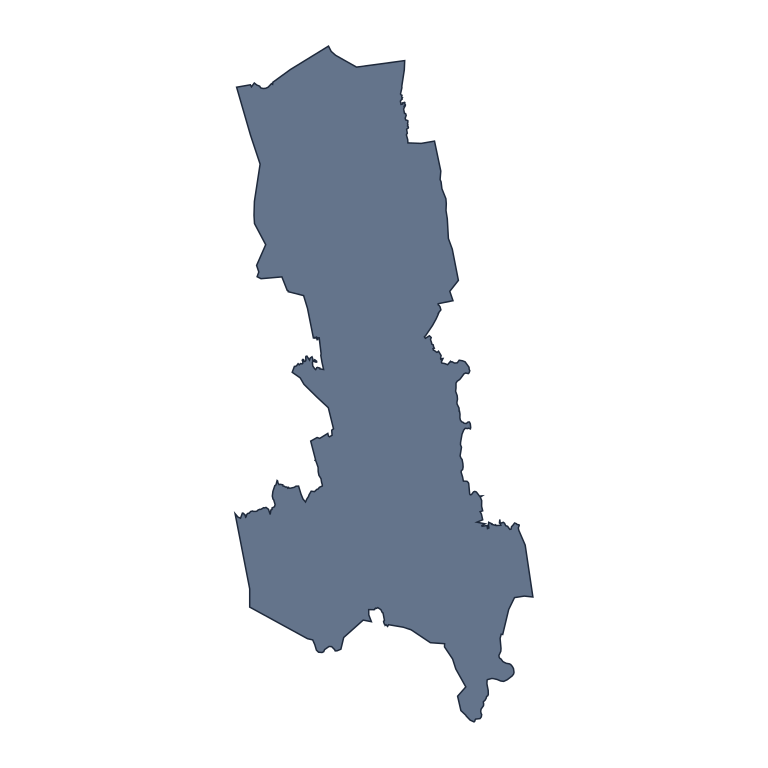 Tamasopo, San Luis Potosí, Mexico
{"feature_id": "50627088B81601149973315", "entity_name": "Tamasopo", "entity_type": "district", "adm_level": 2, "iso_a3": "MEX", "parent_name": "Mexico", "parent_adm1": "San Luis Potosí", "projection": "equal_earth", "projection_center": [-99.326, 21.931], "detail": "fine", "context": "isolated", "style": "filled", "palette": "slate", "viewbox_px": 768, "rotation_deg": 0, "n_neighbors": 0, "source": "geoboundaries", "source_scale": "gbopen_adm2", "svg_char_len": 6101}
<svg xmlns="http://www.w3.org/2000/svg" viewBox="0 0 768 768"><path d="M512.2,675.9L513.6,674.0L514.0,672.3L513.5,668.6L512.3,666.4L510.7,664.5L509.3,663.8L506.2,663.3L502.9,661.6L501.0,659.0L499.9,658.4L499.2,657.3L498.9,655.5L500.8,651.3L501.0,648.4L500.1,638.4L501.2,634.2L502.7,634.5L508.7,609.5L514.5,597.6L524.3,596.1L532.9,597.0L525.2,545.1L518.8,530.3L518.3,527.9L519.2,525.5L519.0,524.8L517.1,524.5L516.4,523.7L514.6,523.0L512.5,525.8L511.6,526.5L511.0,529.2L509.8,529.4L507.6,526.3L505.7,525.7L504.5,523.2L503.3,522.3L500.7,523.2L500.1,522.5L499.8,519.5L499.4,523.0L500.4,523.8L500.8,525.3L496.6,525.5L495.6,524.9L495.6,525.4L491.9,524.4L492.1,523.9L488.7,522.3L488.4,525.0L488.9,528.0L487.5,528.6L487.0,525.5L482.1,526.3L481.9,525.5L485.1,523.8L476.9,522.2L482.7,519.8L481.4,514.0L480.1,511.7L482.7,510.8L481.6,506.3L481.7,500.6L480.3,497.1L482.1,495.9L479.5,496.1L476.4,492.0L474.8,491.4L473.5,491.9L471.5,494.5L470.3,494.8L469.7,494.1L468.7,483.5L468.3,482.6L467.0,481.3L463.4,481.1L463.2,480.3L462.6,477.0L461.1,472.1L461.4,470.6L462.6,469.6L463.1,467.0L462.9,463.7L462.1,459.5L461.0,458.1L460.1,455.9L461.5,447.2L460.5,444.8L460.6,442.3L462.0,434.3L463.7,430.1L465.1,428.4L465.6,428.3L467.5,428.6L468.6,428.2L470.4,428.9L470.7,427.5L470.3,423.8L469.4,422.0L468.1,422.0L466.3,423.5L464.1,423.3L463.2,422.4L461.7,421.8L460.4,420.1L459.9,417.8L460.0,414.2L459.5,411.2L459.2,411.2L459.0,408.0L457.1,404.1L456.9,402.4L457.5,399.2L457.2,395.7L455.6,391.3L456.0,388.0L456.0,383.1L457.2,381.2L459.7,379.5L461.0,377.9L464.0,373.8L465.7,373.0L468.3,373.6L469.1,372.8L469.8,370.7L469.2,369.4L469.0,367.2L465.1,361.8L462.5,360.8L459.2,360.2L457.3,362.8L454.6,363.1L451.9,361.7L451.0,362.0L450.5,361.3L447.6,364.7L444.6,363.5L441.9,363.1L441.5,362.5L441.5,361.7L443.0,358.5L442.0,358.6L441.2,359.7L440.7,359.2L440.6,358.1L441.1,355.5L438.5,351.2L437.4,352.2L436.7,352.3L434.2,350.4L433.4,350.2L433.0,348.6L434.3,348.2L433.6,346.8L433.2,344.8L431.7,344.0L431.5,342.4L430.5,339.7L431.2,337.5L429.4,335.8L425.4,338.3L424.4,336.9L425.7,335.5L432.5,325.5L436.1,319.0L438.2,314.4L438.2,313.4L438.7,313.2L438.8,312.5L440.9,309.9L440.0,306.7L439.1,305.5L438.2,304.8L438.2,303.7L453.0,300.7L449.8,291.3L458.4,280.4L452.3,249.2L448.4,238.5L447.3,218.8L446.0,210.5L446.3,203.7L445.9,198.7L441.9,188.7L441.1,181.9L440.1,179.6L440.8,171.1L434.5,141.1L421.2,143.4L407.9,142.9L407.7,139.6L406.5,135.4L406.5,134.3L407.3,133.3L406.6,129.5L406.9,128.9L408.2,128.1L408.4,127.4L408.0,126.3L407.5,126.0L407.9,124.6L407.5,123.8L407.9,121.9L407.8,120.6L405.7,119.9L405.2,118.2L406.2,115.4L405.6,113.6L404.5,113.4L403.6,109.0L404.5,107.2L404.1,106.7L404.1,106.2L404.5,105.8L405.3,105.9L405.4,104.8L404.8,104.0L404.8,102.5L404.3,102.3L403.3,102.9L402.5,102.9L402.6,104.0L401.0,104.4L400.4,101.3L400.6,100.6L402.2,99.1L401.8,98.3L402.4,97.7L401.9,97.4L401.7,96.3L402.0,95.3L401.1,94.9L400.5,94.0L401.9,87.8L401.8,86.2L404.3,69.9L404.7,60.6L356.5,67.1L335.6,55.3L331.2,51.4L328.5,46.1L290.4,69.5L272.9,82.2L272.6,84.3L271.5,83.6L268.1,87.2L265.7,88.3L263.3,88.5L261.3,88.1L260.5,87.6L259.7,86.2L256.8,85.0L254.3,83.0L251.5,86.8L250.4,84.8L236.6,87.2L250.5,135.2L260.1,164.1L254.4,201.4L254.0,215.3L254.5,223.6L265.7,244.7L256.6,265.4L258.8,272.0L257.1,276.7L261.0,278.7L281.9,276.9L287.2,290.4L288.1,290.7L288.2,291.7L303.6,295.6L307.5,308.4L313.4,338.0L314.1,338.0L314.7,337.5L314.9,338.0L316.4,337.2L316.4,338.5L316.9,338.6L317.1,339.7L317.7,339.6L317.7,337.8L319.2,337.8L321.1,353.8L320.8,355.4L322.0,362.4L323.6,369.5L319.9,368.9L319.9,368.1L317.4,367.4L316.7,367.7L315.7,369.6L314.7,368.8L312.8,366.0L312.4,362.6L312.8,361.6L313.5,361.3L316.1,362.2L316.7,362.0L316.6,361.2L314.7,359.7L312.9,361.4L312.7,358.6L312.0,356.8L310.2,358.0L309.5,360.1L306.9,356.1L305.9,356.4L305.7,357.5L305.9,360.0L305.6,360.9L304.8,361.5L304.1,361.2L303.6,359.6L302.9,359.4L302.2,360.2L302.9,361.8L302.7,363.5L302.0,363.9L300.7,363.5L299.2,364.8L298.1,363.7L296.5,365.8L295.0,366.5L294.4,366.4L292.2,372.3L300.2,377.9L304.0,384.4L317.0,397.2L328.3,407.7L333.5,428.8L331.7,430.2L332.1,435.2L329.5,436.8L328.5,436.2L327.8,433.4L319.7,438.4L317.1,437.5L310.7,441.1L315.5,459.6L315.0,460.3L315.9,461.0L318.1,467.4L318.2,471.7L318.9,475.3L321.0,478.7L321.6,482.4L322.3,484.7L322.3,486.0L319.4,487.3L318.1,489.0L316.8,489.4L314.5,491.6L311.2,491.2L309.0,494.9L308.5,496.5L306.9,498.9L305.5,502.0L303.0,499.0L301.0,494.1L298.6,486.1L295.9,486.2L294.3,487.3L290.4,488.2L289.2,488.2L288.6,487.4L287.8,488.2L286.9,487.0L285.5,487.1L284.5,486.3L283.0,486.0L282.8,484.8L280.1,484.3L279.0,484.6L277.9,482.7L277.6,480.9L277.1,480.5L276.0,484.8L274.8,485.7L272.9,491.4L272.3,496.1L273.0,499.1L273.7,499.8L275.1,504.6L274.5,506.7L272.0,508.0L272.0,509.5L270.9,510.0L270.2,514.5L268.5,509.3L266.0,507.4L264.6,507.9L263.6,507.7L260.8,509.4L259.7,509.3L257.9,510.1L257.1,511.0L256.0,511.4L253.2,511.4L252.7,511.0L250.6,511.5L249.2,513.2L248.1,513.3L247.3,513.8L246.5,515.1L246.1,516.8L245.6,517.2L245.1,514.9L244.4,514.7L243.9,513.7L243.2,513.2L242.4,513.1L240.5,518.2L238.0,517.1L235.1,513.7L249.7,588.9L249.7,607.1L307.5,638.7L312.7,639.9L314.8,644.7L316.4,650.1L318.5,652.2L322.0,652.5L323.7,651.7L324.6,649.6L329.0,646.5L331.6,646.6L334.6,649.6L335.2,650.9L337.1,650.8L340.9,649.2L343.7,637.5L363.2,620.1L371.4,621.7L368.8,614.9L368.7,609.6L374.1,609.7L374.7,609.5L374.9,608.7L375.7,608.1L376.6,608.4L377.7,607.6L378.1,607.8L380.9,609.7L382.3,612.6L383.0,612.9L384.4,620.1L384.4,620.6L383.6,621.2L383.6,621.8L384.3,624.0L384.9,624.5L385.1,625.4L386.1,624.8L387.6,626.4L388.5,624.7L403.2,627.2L411.1,629.8L430.4,642.7L444.6,643.7L444.5,646.9L452.6,659.0L455.8,669.0L465.8,686.9L457.6,696.2L460.9,710.6L465.8,715.2L466.2,716.0L470.1,720.1L474.0,721.9L474.7,721.3L475.3,719.5L475.7,719.1L480.0,718.6L481.3,716.9L481.7,714.5L481.1,713.5L480.7,711.3L481.1,709.1L483.5,705.7L483.7,703.8L483.4,703.1L483.4,701.7L485.0,700.3L486.1,698.4L486.6,696.5L487.8,695.7L488.3,694.4L488.2,690.5L486.9,683.7L487.1,680.1L487.5,679.6L491.7,678.5L493.3,678.6L497.2,679.5L500.7,681.0L503.7,681.4L507.3,679.7L512.2,675.9Z" fill="#64748b" stroke="#1e293b" stroke-width="1.5"/></svg>